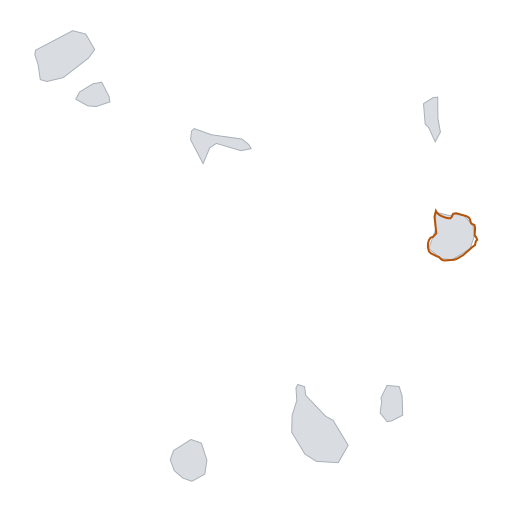 location of Boa Vista within Cabo Verde
{"feature_id": "CPV-5055", "entity_name": "Boa Vista", "entity_type": "state/province", "adm_level": 1, "iso_a3": "CPV", "parent_name": "Cabo Verde", "parent_adm1": "", "projection": "robinson", "projection_center": [-22.807, 16.113], "detail": "fine", "context": "in_parent", "style": "outline", "palette": "amber", "viewbox_px": 512, "rotation_deg": 0, "n_neighbors": 0, "source": "natural_earth", "source_scale": "10m", "svg_char_len": 1746}
<svg xmlns="http://www.w3.org/2000/svg" viewBox="0 0 512 512"><path d="M348.2,445.3L338.2,462.7L316.2,461.3L304.9,454.1L291.7,432.2L292.1,415.3L296.8,400.6L296.0,387.9L297.9,384.5L304.6,386.7L305.7,395.3L325.7,416.3L333.1,420.4L348.2,445.3ZM63.2,77.6L47.0,81.5L40.3,79.6L38.1,64.5L34.8,54.6L35.6,50.2L72.6,30.7L85.7,34.0L94.7,49.5L88.5,58.1L63.2,77.6ZM435.6,212.1L449.4,215.6L454.6,214.3L463.4,215.1L472.8,225.1L474.6,235.6L469.9,248.9L451.7,259.8L441.1,258.5L428.7,248.6L435.8,229.0L435.6,212.1ZM204.8,474.1L191.9,481.3L182.9,478.1L174.3,470.7L170.2,459.8L173.6,450.5L191.0,439.5L201.4,443.1L206.9,460.2L204.8,474.1ZM242.0,139.1L248.8,144.6L251.1,148.6L240.9,150.7L216.3,143.4L209.7,147.9L203.1,163.6L190.6,139.8L191.5,131.1L194.2,128.6L211.7,134.8L242.0,139.1ZM391.7,420.9L387.1,421.6L380.1,413.0L381.7,401.2L380.9,398.1L387.0,385.4L399.1,386.5L402.1,395.9L402.7,415.2L391.7,420.9ZM109.9,101.9L96.3,106.5L87.9,105.9L75.8,99.2L79.6,92.0L92.7,83.9L101.7,82.2L109.1,96.6L109.9,101.9ZM440.4,132.1L435.2,141.8L428.7,127.6L425.2,124.2L423.5,103.7L433.1,97.6L437.7,97.1L437.9,118.3L440.4,132.1Z" fill="#d9dde1" stroke="#a8b0b8" stroke-width="1"/><path d="M474.6,235.6L475.2,235.9L476.4,237.7L477.2,239.8L476.2,240.8L475.7,241.6L475.4,243.3L475.0,245.1L472.2,247.1L463.2,255.1L457.1,258.7L454.0,259.8L444.5,260.5L442.8,260.2L441.2,259.3L438.9,257.0L437.0,256.4L431.0,253.4L428.9,251.3L427.9,247.2L428.0,243.6L428.9,240.2L430.6,237.7L433.1,236.8L436.3,233.3L434.5,216.7L435.9,210.9L436.6,212.2L437.3,213.2L439.3,214.9L442.2,216.4L446.4,217.9L450.2,218.4L451.9,216.7L453.1,213.8L456.1,213.2L465.9,216.0L467.7,216.8L469.3,218.1L470.0,219.4L471.0,223.1L471.7,223.8L474.5,225.1L475.1,228.3L474.6,235.6Z" fill="none" stroke="#b45309" stroke-width="2"/></svg>